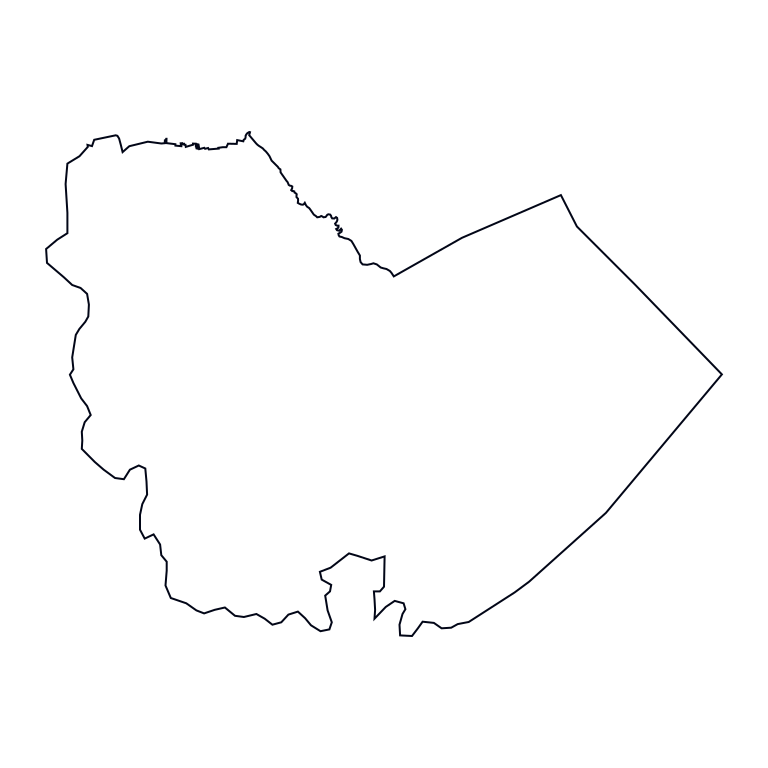 Pasir Puteh, Kelantan, Malaysia (Mercator projection)
{"feature_id": "92858781B22030714456206", "entity_name": "Pasir Puteh", "entity_type": "district", "adm_level": 2, "iso_a3": "MYS", "parent_name": "Malaysia", "parent_adm1": "Kelantan", "projection": "mercator", "projection_center": [102.35, 5.842], "detail": "fine", "context": "isolated", "style": "outline", "palette": "ink", "viewbox_px": 768, "rotation_deg": 0, "n_neighbors": 0, "source": "geoboundaries", "source_scale": "gbopen_adm2", "svg_char_len": 3381}
<svg xmlns="http://www.w3.org/2000/svg" viewBox="0 0 768 768"><path d="M47.0,262.9L63.9,277.3L72.2,285.0L80.6,288.0L87.1,293.9L88.9,304.6L88.3,316.5L85.3,321.8L79.4,328.9L75.8,334.9L72.2,357.4L73.4,369.3L69.9,374.7L73.4,383.0L81.2,398.4L87.1,406.1L90.7,415.0L84.7,422.2L81.8,431.7L82.3,440.6L81.8,448.9L94.8,462.0L103.7,469.7L115.0,478.0L123.9,479.2L129.9,469.7L138.8,465.5L145.3,468.5L146.5,481.6L147.1,494.6L142.3,504.1L140.0,514.8L140.0,529.7L144.7,538.6L153.6,534.4L160.1,544.5L161.3,555.2L166.7,561.7L166.7,570.6L165.5,585.5L170.8,598.0L186.3,603.3L196.4,610.4L204.1,613.4L214.8,609.8L224.9,607.5L235.0,615.8L243.9,617.0L256.4,614.0L264.7,618.7L272.4,624.7L281.3,622.3L288.4,614.6L297.9,611.6L305.1,618.2L311.0,625.3L320.5,631.2L329.4,629.4L331.8,622.3L327.6,610.4L325.2,595.6L330.0,591.4L331.2,584.9L321.7,579.6L319.9,571.8L330.6,567.7L349.0,553.4L357.3,555.8L371.6,560.5L384.6,556.4L384.0,586.7L379.9,591.4L373.9,591.4L374.5,599.1L375.1,609.8L374.5,618.7L385.8,606.9L394.7,600.9L403.6,603.3L405.4,609.2L402.5,614.0L399.5,624.7L400.1,635.4L412.0,636.0L417.9,628.3L422.6,621.7L433.9,622.9L441.6,628.3L451.2,627.7L457.7,624.1L466.0,622.5L468.7,622.0L514.7,592.4L529.1,581.7L605.9,512.9L721.9,374.4L634.9,284.5L576.9,226.5L560.9,195.1L462.0,237.8L393.8,276.4L391.5,272.9L389.9,271.0L386.5,269.0L383.4,268.3L380.7,267.5L376.8,264.4L373.4,263.3L371.1,264.0L367.2,264.8L362.6,264.4L360.6,262.1L359.9,259.0L359.9,255.5L357.6,251.7L353.3,244.0L351.4,240.9L348.3,239.0L344.5,238.2L341.8,237.0L339.5,236.5L338.7,235.3L338.4,233.7L340.0,232.8L341.5,231.7L341.9,229.8L341.1,228.7L340.0,229.9L339.2,230.7L337.0,230.2L336.2,229.0L337.8,228.2L338.5,227.1L338.5,225.7L337.3,225.7L335.7,225.0L335.1,223.6L336.3,222.3L337.1,220.9L337.4,219.8L337.1,217.9L336.0,217.1L334.3,218.5L332.2,218.4L331.3,217.0L331.1,215.9L330.2,214.6L328.3,214.3L327.3,214.8L326.4,216.0L325.6,217.0L324.8,217.1L323.5,217.3L322.4,216.5L321.2,216.0L320.1,216.7L319.1,217.0L317.2,217.3L316.1,216.2L313.8,214.6L310.4,209.7L309.2,208.1L307.1,206.7L305.9,205.1L304.8,202.8L303.8,204.2L302.9,204.7L301.0,204.5L299.2,203.7L297.8,202.9L298.1,200.4L298.0,198.7L296.5,197.1L296.5,195.7L296.7,194.2L295.8,193.3L294.5,192.5L294.3,191.4L292.8,190.9L292.3,191.1L291.2,190.1L292.1,188.4L292.3,186.5L291.3,185.9L289.8,185.6L288.7,184.9L288.2,183.5L287.4,181.8L286.6,181.0L280.6,172.4L280.4,169.4L278.7,168.2L277.9,166.9L276.3,165.3L271.6,160.6L269.5,156.2L267.8,153.8L265.8,151.4L264.2,150.0L262.8,148.4L261.0,147.2L258.8,145.8L257.4,144.7L256.1,143.4L249.2,135.2L250.0,132.2L249.3,132.0L247.4,133.1L246.3,134.4L245.6,135.8L245.6,137.2L245.2,138.7L243.7,139.8L243.3,141.3L237.2,140.1L236.7,143.9L228.0,143.7L226.4,147.2L224.4,147.2L222.8,147.2L218.4,147.8L218.6,148.6L208.8,149.4L208.1,148.0L205.1,148.8L204.3,147.8L199.3,149.1L198.5,144.5L197.2,144.2L197.4,148.6L196.5,148.4L196.5,146.5L195.9,146.5L195.8,143.7L193.0,143.6L193.1,144.7L185.8,146.9L185.5,144.8L184.3,144.8L184.1,143.8L182.2,144.1L182.2,143.2L180.7,143.3L180.8,144.3L181.7,144.4L181.4,146.2L175.4,145.6L175.4,144.2L166.4,143.1L166.5,138.8L166.2,138.8L165.7,140.2L164.9,140.3L164.7,143.2L161.4,143.5L147.8,141.7L129.3,146.2L122.6,152.1L120.9,145.2L119.1,138.5L117.4,135.8L115.7,135.3L94.2,139.8L92.0,146.1L87.5,144.9L87.8,146.9L79.5,156.2L67.4,163.6L65.6,184.0L67.4,212.8L67.4,233.2L57.2,239.7L46.1,249.0L47.0,262.9Z" fill="none" stroke="#020617" stroke-width="2"/></svg>